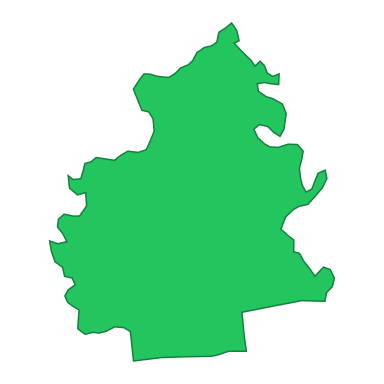 the district of Pinhalzinho, Santa Catarina, Brazil
{"feature_id": "56859067B38022079908277", "entity_name": "Pinhalzinho", "entity_type": "district", "adm_level": 2, "iso_a3": "BRA", "parent_name": "Brazil", "parent_adm1": "Santa Catarina", "projection": "equal_earth", "projection_center": [-52.972, -26.82], "detail": "fine", "context": "isolated", "style": "filled", "palette": "green", "viewbox_px": 384, "rotation_deg": 0, "n_neighbors": 0, "source": "geoboundaries", "source_scale": "gbopen_adm2", "svg_char_len": 1847}
<svg xmlns="http://www.w3.org/2000/svg" viewBox="0 0 384 384"><path d="M299.5,253.3L293.7,251.8L293.8,240.0L288.8,236.2L280.9,229.2L285.5,217.2L293.2,209.7L299.1,206.3L307.9,204.4L315.8,195.6L322.2,188.1L326.9,178.5L325.2,170.1L318.1,173.3L315.3,180.0L311.9,189.0L306.1,192.1L302.3,185.5L300.6,178.5L299.4,168.2L301.4,160.7L303.2,151.2L297.3,144.5L288.2,144.2L278.3,147.4L269.7,146.9L264.2,143.7L257.7,137.6L253.9,129.2L259.2,124.6L267.6,126.4L274.2,132.8L280.0,136.4L283.9,129.3L285.0,122.1L286.2,113.6L282.4,104.1L272.9,98.7L266.2,96.7L258.3,91.2L257.3,83.7L264.4,82.5L270.8,83.7L278.7,84.5L279.1,73.9L273.0,76.5L267.3,73.1L264.4,65.6L260.1,61.2L255.0,66.1L250.9,60.1L246.2,55.7L240.0,49.4L234.1,43.1L239.1,40.8L236.8,30.7L231.6,23.0L225.3,28.2L218.9,32.2L216.8,42.3L211.3,45.9L204.4,47.5L196.9,52.6L192.7,60.6L188.1,64.9L180.6,67.9L175.3,73.4L168.9,77.4L162.7,77.0L156.8,76.2L150.1,74.2L144.0,73.9L138.9,80.5L133.4,89.2L141.9,110.3L148.7,111.9L153.0,118.6L154.2,131.2L150.0,141.4L146.3,149.7L138.1,152.4L127.8,151.2L120.5,155.5L114.5,160.3L108.7,159.5L101.9,158.4L96.1,157.5L91.1,161.8L84.9,163.5L83.1,170.8L80.8,178.8L73.1,179.5L68.2,175.7L69.5,188.1L77.4,194.9L85.7,192.6L86.6,205.9L79.6,216.0L73.1,216.1L64.1,214.2L58.4,219.2L57.5,227.0L62.8,233.7L66.9,241.7L57.9,243.7L49.6,240.9L51.4,251.4L55.1,261.8L62.6,267.3L64.6,276.3L72.2,278.1L75.2,284.9L68.1,289.9L64.9,295.9L67.5,302.2L72.5,306.0L79.1,310.0L78.4,319.0L77.8,328.8L85.1,334.3L93.2,332.3L98.8,333.1L106.1,331.3L114.8,326.8L124.0,327.7L130.4,331.6L133.5,361.0L161.0,357.6L187.9,356.7L210.6,356.4L218.6,354.7L228.6,351.2L246.4,351.3L244.4,337.5L241.9,312.3L261.1,308.5L277.7,305.2L288.2,303.3L301.5,300.6L324.9,301.3L326.7,292.4L332.3,286.7L334.4,278.1L330.2,269.6L323.5,267.1L315.0,276.2L308.3,266.8L303.8,261.3L299.5,253.3Z" fill="#22c55e" stroke="#15803d" stroke-width="1.5"/></svg>